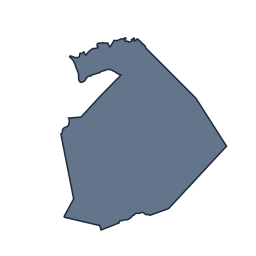 outline of San Francisco de Yojoa, Cortés, Honduras, rotated 342°
{"feature_id": "27666195B57789341600381", "entity_name": "San Francisco de Yojoa", "entity_type": "district", "adm_level": 2, "iso_a3": "HND", "parent_name": "Honduras", "parent_adm1": "Cortés", "projection": "natural_earth1", "projection_center": [-87.991, 15.032], "detail": "fine", "context": "isolated", "style": "filled", "palette": "slate", "viewbox_px": 256, "rotation_deg": 342, "n_neighbors": 0, "source": "geoboundaries", "source_scale": "gbopen_adm2", "svg_char_len": 5162}
<svg xmlns="http://www.w3.org/2000/svg" viewBox="0 0 256 256"><g transform="rotate(342 128 128)"><path d="M74.5,100.2L74.6,100.5L74.6,100.9L74.7,101.3L74.7,101.6L74.7,101.9L74.6,102.3L74.4,102.9L74.3,103.4L74.1,103.8L73.4,105.1L72.6,106.4L72.4,106.7L72.2,107.0L71.9,107.2L71.6,107.4L71.2,107.6L70.9,107.7L69.7,107.9L67.7,108.0L67.3,108.2L66.8,108.3L66.6,108.4L66.3,108.6L66.0,108.8L65.7,109.0L65.3,109.5L64.8,110.3L64.1,111.8L63.8,112.3L63.7,112.5L63.3,112.8L63.1,112.9L63.0,113.0L62.7,113.0L62.3,113.0L54.4,178.7L52.6,180.3L40.0,192.3L39.9,193.2L70.9,212.0L70.9,216.7L90.1,215.5L90.3,215.3L90.7,214.3L90.9,214.1L91.2,214.0L91.3,214.0L91.8,213.9L92.4,214.0L93.0,214.1L93.7,214.3L95.0,214.2L96.6,214.4L98.6,214.9L99.5,215.0L100.5,214.9L101.4,214.6L102.1,214.3L102.9,214.2L103.4,213.9L104.2,213.4L104.9,213.0L105.5,212.8L106.1,212.7L106.9,212.7L107.3,212.4L107.8,212.0L108.9,211.7L109.4,211.7L109.8,211.7L110.5,211.9L111.8,212.7L113.5,212.6L114.2,212.6L115.2,212.7L116.2,213.0L116.7,213.4L116.9,214.0L117.2,214.5L117.5,215.0L118.0,215.6L118.6,216.1L120.2,216.4L121.0,216.9L121.4,217.4L121.6,217.8L141.7,217.2L207.2,180.7L216.1,175.8L201.8,120.7L169.7,57.5L169.6,57.3L169.6,57.1L169.8,56.1L169.8,55.7L169.0,54.5L168.8,53.6L168.7,53.2L168.5,52.9L168.3,52.8L168.1,52.7L167.7,52.6L167.4,52.5L167.3,52.4L167.2,52.3L167.1,52.1L167.2,51.7L167.3,51.3L167.4,51.2L167.3,50.9L167.0,50.2L166.2,49.0L165.4,47.6L164.7,46.5L164.5,46.3L164.3,46.1L164.2,46.1L163.8,46.2L162.5,47.1L162.0,47.4L161.9,47.4L161.7,47.4L161.4,47.3L161.4,47.1L161.3,46.9L161.3,46.7L161.3,46.3L161.7,45.2L161.8,45.0L161.8,44.9L161.7,44.7L161.5,44.4L161.4,44.3L161.3,44.2L161.1,44.2L161.0,44.3L160.9,44.4L160.8,44.6L160.6,44.8L160.6,45.0L160.6,45.3L160.5,45.5L160.4,45.6L160.2,45.8L160.1,45.7L159.8,45.6L159.7,45.4L159.5,45.1L159.4,44.9L159.1,44.8L158.9,44.8L158.7,44.9L158.7,45.1L158.7,45.3L158.7,45.5L158.7,45.8L158.6,46.1L158.5,46.3L158.3,46.5L158.1,46.6L157.8,46.6L156.6,46.6L156.0,46.6L155.8,46.6L155.5,46.5L155.3,46.4L155.2,46.2L154.8,45.7L154.5,45.4L154.4,45.3L154.3,45.2L153.9,45.1L153.0,45.0L152.5,44.9L152.3,44.9L152.2,44.8L152.1,44.6L151.9,44.3L151.9,44.1L152.0,44.0L152.1,43.7L152.3,43.5L152.5,43.3L153.0,43.0L153.2,42.8L153.4,42.6L153.5,42.4L153.6,42.1L153.6,41.9L153.6,41.7L153.3,41.4L153.2,41.3L152.9,41.3L152.7,41.3L152.2,41.4L151.8,41.6L151.6,41.8L151.3,41.8L151.0,41.9L150.9,41.9L150.3,41.5L149.9,41.4L149.4,41.2L149.2,41.1L148.9,41.1L148.5,41.2L147.6,41.3L146.7,41.3L145.0,41.5L144.5,41.4L144.1,41.4L143.7,41.3L143.4,41.1L142.9,40.8L142.4,40.5L142.1,40.4L141.9,40.4L141.6,40.5L141.3,40.7L141.0,41.0L140.5,41.5L139.0,42.9L138.5,43.3L137.5,44.0L136.9,44.6L136.6,44.9L136.3,45.1L136.1,45.2L135.8,45.2L135.7,45.0L135.5,44.5L135.3,43.4L135.1,41.4L135.1,41.1L134.9,40.8L134.7,40.7L134.4,40.6L133.9,40.6L133.7,40.6L133.2,40.5L132.8,40.4L132.5,40.3L132.3,40.2L132.1,40.0L131.7,39.7L131.0,39.4L130.4,39.2L130.1,39.1L129.1,38.9L128.2,38.7L126.8,38.4L125.9,38.2L125.7,38.2L125.2,38.3L125.0,38.5L124.8,38.6L124.7,38.7L124.5,39.0L124.3,39.3L124.2,39.6L124.0,40.0L124.0,40.3L124.1,40.6L124.1,40.9L124.4,41.6L124.4,41.9L124.4,42.0L124.1,42.2L124.0,42.3L123.8,42.3L123.4,42.4L122.9,42.3L122.0,42.2L121.1,42.1L120.6,42.0L119.8,41.8L119.5,41.6L119.3,41.5L119.1,41.5L118.8,41.6L118.1,41.8L116.9,42.2L115.3,42.8L114.3,43.2L112.8,44.1L111.6,45.0L111.4,45.2L111.0,45.3L110.6,45.4L110.3,45.4L110.1,45.4L109.9,45.3L109.8,45.1L109.8,44.8L109.8,44.4L109.8,44.1L109.9,43.6L109.9,43.4L109.9,43.2L109.9,42.9L109.7,42.5L109.6,42.1L109.4,42.0L109.0,42.1L108.5,42.3L108.1,42.5L107.8,42.6L107.6,42.7L107.1,42.7L106.8,42.7L106.4,42.7L106.2,42.4L106.0,42.2L105.8,42.2L105.7,42.2L105.3,42.3L105.0,42.8L104.7,43.3L104.2,44.3L104.0,44.7L103.7,44.9L103.5,45.2L103.2,45.3L102.9,45.4L102.4,45.4L101.7,45.4L101.3,45.3L100.6,45.1L99.9,44.8L99.1,44.3L98.2,43.7L97.7,43.3L97.2,42.9L96.8,42.5L96.3,42.2L95.9,41.9L95.7,41.8L95.3,41.7L95.1,41.7L94.9,41.7L94.8,41.8L94.7,41.8L94.6,42.0L94.6,42.4L94.7,42.9L94.9,43.1L95.2,43.6L95.7,44.6L96.0,45.2L96.4,45.8L96.5,46.2L96.6,46.5L96.8,47.2L97.0,49.2L97.1,50.0L97.3,51.2L97.3,51.6L97.3,52.0L97.3,53.4L97.3,55.3L97.4,55.8L97.5,57.1L97.6,58.8L97.7,59.8L97.7,60.7L97.6,61.4L97.5,61.9L97.4,62.3L97.2,62.9L96.8,64.0L96.6,64.6L96.4,65.2L96.3,65.7L96.2,66.3L96.2,66.7L96.1,67.1L96.1,67.5L96.2,67.9L96.2,68.2L96.3,68.6L96.5,69.1L96.6,69.5L96.8,69.8L97.1,69.9L97.7,70.1L98.6,70.2L99.1,70.2L99.6,70.2L100.2,70.0L101.0,69.9L101.5,69.7L101.8,69.5L103.9,67.7L104.1,67.5L104.8,67.2L105.3,66.9L105.8,66.7L106.1,66.7L106.4,66.6L107.2,66.7L107.6,66.8L107.9,67.0L108.2,67.0L108.4,67.0L108.6,66.9L108.8,66.8L109.1,66.7L110.4,66.4L110.7,66.4L111.2,66.4L111.7,66.5L113.7,66.4L115.5,66.4L117.4,66.7L117.8,66.6L118.3,66.5L118.9,66.3L119.6,66.1L119.9,66.0L120.3,65.9L120.5,65.9L121.0,65.9L122.2,66.1L123.3,66.1L123.8,66.1L124.4,66.0L125.0,66.0L125.7,66.0L126.3,66.0L126.9,66.1L127.5,66.3L128.1,66.5L129.2,67.0L129.3,67.0L131.7,69.3L132.4,69.9L132.7,70.1L133.1,70.7L133.6,71.6L134.0,72.1L134.3,72.5L134.5,72.7L135.2,73.2L135.9,73.8L135.9,74.0L136.0,74.2L136.1,74.3L136.2,74.5L136.5,74.7L137.4,75.1L137.5,75.3L137.6,75.5L111.7,89.0L86.7,103.1L74.5,100.2Z" fill="#64748b" stroke="#1e293b" stroke-width="1.5"/></g></svg>